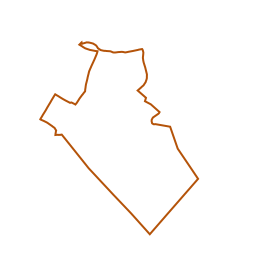 outline of Azaal, Amanat Al Asimah, Yemen, rotated 50°
{"feature_id": "15242507B23052795902995", "entity_name": "Azaal", "entity_type": "district", "adm_level": 2, "iso_a3": "YEM", "parent_name": "Yemen", "parent_adm1": "Amanat Al Asimah", "projection": "robinson", "projection_center": [44.226, 15.356], "detail": "fine", "context": "isolated", "style": "outline", "palette": "amber", "viewbox_px": 256, "rotation_deg": 50, "n_neighbors": 0, "source": "geoboundaries", "source_scale": "gbopen_adm2", "svg_char_len": 2779}
<svg xmlns="http://www.w3.org/2000/svg" viewBox="0 0 256 256"><g transform="rotate(50 128 128)"><path d="M63.3,126.4L64.2,127.5L65.1,128.7L65.3,129.0L65.6,129.4L67.6,132.2L69.1,133.9L69.7,134.5L70.9,135.9L71.4,136.4L72.4,137.4L72.5,138.5L72.8,139.8L73.2,141.4L73.2,141.9L73.3,142.2L74.3,146.4L74.5,146.9L75.1,148.8L75.4,149.8L75.8,151.0L75.9,151.6L76.2,153.2L74.6,153.8L74.2,154.0L72.1,154.9L71.8,155.4L71.5,156.2L71.0,156.4L69.1,157.2L66.7,158.2L63.8,159.3L60.5,160.4L58.8,160.9L57.8,161.3L55.4,162.1L56.0,164.1L56.8,166.4L56.9,166.7L57.5,168.4L58.0,169.8L58.3,170.5L58.5,171.2L58.7,171.6L59.1,172.9L59.7,174.6L60.1,175.7L60.2,176.1L61.5,179.5L61.9,180.7L62.5,182.5L62.6,182.9L63.3,185.0L63.5,185.6L63.7,186.0L64.2,187.5L64.7,189.0L65.0,189.6L65.6,189.4L68.2,188.1L69.1,187.7L71.6,186.6L72.3,186.4L72.9,186.2L74.5,185.8L74.8,185.7L76.3,185.3L76.7,185.2L77.6,184.9L78.0,184.9L80.7,184.2L82.6,184.5L83.5,184.6L83.8,184.7L84.0,185.1L84.9,186.1L85.8,187.2L86.7,188.1L87.1,187.5L87.7,186.6L88.0,186.3L88.6,185.7L89.2,184.9L89.7,184.4L90.1,183.5L90.5,183.0L108.4,183.4L112.8,183.5L133.6,184.0L169.9,182.1L195.5,180.5L223.4,179.6L219.4,154.3L212.0,107.0L199.9,105.7L175.8,103.2L154.1,94.9L142.8,104.4L142.6,104.6L141.8,105.8L140.7,106.3L139.9,106.5L137.9,105.5L136.9,104.5L136.0,102.2L136.6,95.8L136.6,94.9L136.1,93.6L124.5,95.3L118.4,97.8L116.4,94.8L105.5,96.5L105.4,92.6L105.4,91.8L105.3,91.1L105.3,89.3L105.3,88.7L104.8,87.1L104.5,86.0L104.1,84.8L103.6,84.1L103.0,83.0L102.0,81.6L101.8,81.4L100.5,80.3L100.3,80.1L99.4,79.3L99.0,79.0L92.7,75.9L87.9,73.9L86.2,73.0L85.1,72.3L84.8,72.1L84.4,71.9L83.6,71.3L83.0,70.7L82.3,69.9L81.9,69.6L81.3,68.9L79.9,67.6L79.4,67.4L78.8,67.1L78.0,66.7L77.1,66.5L76.7,66.4L76.5,66.6L75.3,68.7L74.9,69.4L74.5,70.4L74.3,70.7L71.9,75.2L71.6,75.7L69.8,78.9L69.3,79.9L68.9,80.6L68.6,81.1L68.3,81.6L67.0,82.6L66.5,83.0L66.1,83.4L65.7,83.8L65.4,84.2L65.0,84.7L64.6,85.3L63.5,86.8L63.0,87.6L62.9,87.8L62.1,89.0L61.8,89.5L60.9,90.4L60.6,90.8L60.2,91.0L58.2,92.0L57.6,92.5L57.4,92.7L55.0,95.2L54.7,95.4L53.7,96.5L53.4,96.7L53.2,97.0L52.8,97.3L52.0,97.9L50.5,99.0L50.0,99.0L48.7,99.5L48.3,99.5L47.7,99.8L46.7,99.6L45.0,99.4L44.6,99.4L44.2,99.4L42.5,99.9L42.0,100.1L41.4,100.3L41.0,100.4L40.7,100.6L39.5,101.4L39.0,101.8L38.7,102.0L37.1,103.2L37.0,103.5L35.9,104.5L35.7,105.0L34.6,107.5L34.1,108.5L34.0,109.0L33.1,108.9L32.6,108.6L32.6,109.1L32.7,109.4L32.7,109.7L32.9,111.7L33.8,111.4L35.5,110.8L37.0,110.4L39.6,109.5L40.0,109.2L40.4,109.0L41.4,108.4L43.0,107.4L43.7,107.0L44.4,106.4L46.6,104.6L48.1,103.4L49.6,102.0L50.4,103.1L51.5,104.9L53.6,109.0L54.3,110.4L54.5,110.9L55.2,112.3L55.6,113.2L56.6,115.3L57.3,116.8L57.6,117.3L58.4,119.0L59.0,120.1L59.3,120.8L60.2,122.2L61.0,123.2L61.7,124.2L63.3,126.4Z" fill="none" stroke="#b45309" stroke-width="2"/></g></svg>